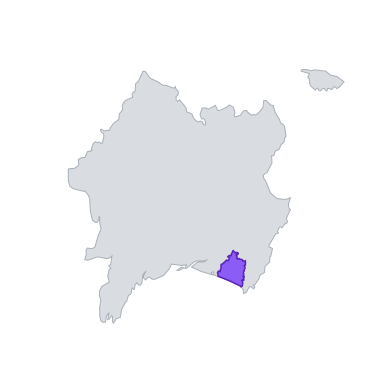 Landes highlighted on a map of France, rotated 282°
{"feature_id": "FRA-5313", "entity_name": "Landes", "entity_type": "Metropolitan department", "adm_level": 1, "iso_a3": "FRA", "parent_name": "France", "parent_adm1": "", "projection": "equal_earth", "projection_center": [-0.514, 44.01], "detail": "fine", "context": "in_parent", "style": "filled", "palette": "violet", "viewbox_px": 384, "rotation_deg": 282, "n_neighbors": 0, "source": "natural_earth", "source_scale": "10m", "svg_char_len": 5640}
<svg xmlns="http://www.w3.org/2000/svg" viewBox="0 0 384 384"><g transform="rotate(282 192 192)"><path d="M291.5,153.9L289.2,155.0L287.8,157.4L286.3,158.0L283.5,158.0L282.1,156.5L278.8,157.4L277.5,159.0L279.6,160.8L273.3,168.4L269.2,170.4L268.5,175.4L263.6,179.1L261.9,183.0L261.8,183.8L263.1,185.1L262.6,187.7L260.2,189.4L260.3,191.0L261.0,191.2L264.8,189.9L266.2,188.4L265.4,186.3L269.2,183.8L276.2,184.4L277.1,187.8L276.3,190.7L281.6,196.9L277.4,199.8L277.2,201.7L281.9,208.0L284.9,210.6L283.5,214.8L278.9,217.5L275.8,217.3L274.5,218.0L274.7,219.3L277.0,223.2L282.2,225.6L283.1,228.6L281.8,229.6L279.5,234.0L280.7,236.2L280.3,237.1L280.9,238.6L282.3,240.1L289.6,243.9L296.1,243.1L297.0,245.3L293.3,251.1L293.6,253.7L291.6,253.8L291.3,254.6L287.4,256.6L281.1,262.5L278.1,264.2L277.0,267.2L275.3,268.9L266.1,272.3L264.3,271.5L259.8,271.6L256.9,269.4L251.4,268.1L249.5,265.0L244.5,264.4L244.1,262.3L237.1,264.2L227.0,261.4L223.4,258.3L220.5,259.1L218.0,261.8L207.4,269.0L203.2,276.5L204.2,285.2L206.8,289.5L200.2,288.8L196.3,290.1L195.3,291.9L185.9,289.8L182.5,291.6L181.5,291.4L180.3,289.6L175.7,287.5L176.4,286.1L175.7,284.8L171.4,283.8L169.9,285.1L168.3,282.5L156.2,278.5L154.3,278.6L153.5,282.5L145.8,282.4L144.6,281.7L139.7,282.5L134.3,278.9L128.4,279.6L124.8,275.8L121.3,275.6L116.3,273.6L114.1,272.6L113.8,271.5L112.3,273.2L110.5,272.8L110.1,272.3L111.3,270.2L111.5,267.8L105.3,266.0L103.7,264.2L103.7,263.3L107.0,262.5L110.0,259.1L112.9,247.0L115.0,232.7L116.6,230.0L118.5,229.3L116.9,227.3L115.1,229.9L116.3,216.9L118.5,207.1L123.6,211.1L124.8,212.8L126.3,218.6L129.2,221.1L127.3,218.7L125.5,211.0L124.3,208.8L116.2,202.4L115.9,200.9L119.5,201.7L118.0,196.9L117.2,186.9L112.3,185.9L104.4,181.6L99.0,174.0L98.4,171.1L99.9,168.1L98.6,166.2L96.3,164.9L98.1,162.3L99.8,162.0L105.4,163.5L100.8,161.1L93.3,161.9L90.3,161.1L89.8,159.3L91.8,157.0L89.3,155.6L85.0,155.9L84.5,155.3L85.8,153.6L84.7,153.0L81.2,153.7L79.2,153.1L77.4,151.3L71.7,150.9L70.5,149.8L62.7,147.6L54.5,148.0L52.3,144.3L47.4,142.5L48.4,141.3L53.4,140.2L54.4,139.2L50.8,137.7L49.6,136.1L56.2,135.8L53.3,134.2L46.8,134.3L46.0,132.1L46.9,129.8L50.7,127.8L60.0,125.6L66.8,125.5L71.7,122.9L76.4,122.2L80.9,123.5L86.9,129.9L91.8,127.1L99.0,127.1L100.5,128.7L102.5,125.8L104.1,127.5L112.9,127.0L110.9,125.8L109.2,123.1L108.9,113.1L104.5,105.9L103.4,103.3L103.7,101.1L108.9,101.5L113.3,100.5L115.4,101.2L115.8,105.8L117.7,108.5L129.8,109.3L136.8,110.8L142.7,108.1L148.2,107.0L148.6,106.3L145.4,106.6L142.5,105.5L142.1,104.2L143.6,100.6L152.0,96.6L164.2,93.3L167.4,91.0L170.9,87.0L170.1,85.9L170.5,75.0L172.3,71.4L176.9,68.8L188.7,66.2L190.2,69.7L190.2,71.6L193.4,74.7L195.0,75.6L200.1,74.0L202.7,76.8L203.5,80.1L209.8,81.4L211.7,85.6L212.8,84.7L216.8,84.9L218.6,85.3L221.2,87.1L220.5,89.7L221.6,90.9L220.6,93.2L221.4,94.2L228.6,94.2L230.8,93.2L231.7,90.8L233.8,89.4L234.6,89.9L233.4,94.2L234.5,95.3L235.1,98.5L237.8,98.7L243.2,101.2L247.8,105.4L253.3,104.7L257.8,107.0L262.2,105.8L266.5,107.1L268.1,108.3L272.3,114.2L275.3,113.0L277.5,113.7L278.3,115.4L286.3,114.4L287.9,116.0L289.6,116.7L300.0,118.9L300.3,121.1L294.6,127.4L292.5,136.4L290.9,139.5L290.3,141.9L290.9,143.4L290.7,145.9L289.7,151.8L290.5,153.5L291.5,153.9ZM335.6,279.4L335.3,283.4L336.9,286.2L338.0,297.6L335.2,303.1L335.0,309.8L331.4,317.8L325.2,314.3L323.3,312.3L324.8,309.2L321.2,307.6L321.9,304.6L321.5,303.2L319.0,303.0L318.9,302.2L320.6,300.0L320.5,298.5L318.0,296.8L317.5,295.2L319.7,293.5L318.6,291.9L317.3,291.5L320.1,286.3L322.2,284.7L326.8,283.3L328.7,281.4L331.8,282.4L332.3,281.9L332.9,273.7L334.0,273.6L335.0,274.7L335.6,279.4ZM116.5,197.4L115.8,199.7L112.7,195.8L112.3,193.6L116.5,197.4Z" fill="#d9dde1" stroke="#a8b0b8" stroke-width="1"/><path d="M109.4,259.8L109.6,259.5L110.2,258.7L110.3,257.9L110.8,256.3L111.7,252.0L112.2,250.4L112.9,247.0L114.3,239.5L114.9,235.8L114.9,235.1L117.1,234.4L118.3,233.7L120.0,234.2L120.2,234.7L119.9,236.0L120.2,236.1L120.6,236.1L121.6,235.9L123.3,236.3L126.5,235.6L127.3,235.6L127.6,236.0L127.7,236.6L128.0,236.9L129.6,237.8L129.7,238.0L129.8,238.4L129.8,238.5L130.1,238.7L131.5,239.1L132.4,239.9L132.6,240.1L132.3,241.2L132.4,241.8L132.7,242.0L135.5,242.3L135.8,241.9L135.9,240.7L136.2,240.5L137.5,241.5L137.7,242.0L137.8,242.5L137.8,243.5L138.8,243.4L142.8,244.2L143.2,244.4L142.5,245.4L142.0,246.5L141.6,246.9L142.2,248.4L142.0,248.7L142.1,249.4L142.0,249.6L141.9,249.8L141.7,249.9L141.5,250.0L140.8,249.9L140.7,249.9L140.4,249.8L140.3,249.7L140.2,249.5L140.2,249.4L140.3,249.2L140.5,248.9L140.5,248.6L140.4,248.5L140.2,248.4L139.9,248.3L139.7,248.3L139.0,248.8L138.6,249.2L138.4,249.4L138.1,249.5L137.7,249.5L137.0,249.4L136.8,249.5L136.0,250.0L135.9,250.2L135.8,250.4L136.0,250.6L136.3,250.9L136.4,251.0L136.5,251.4L136.6,251.5L136.7,251.9L136.5,252.3L136.3,252.7L136.2,252.9L136.2,253.2L136.2,253.6L136.2,253.8L136.2,254.0L136.4,254.3L136.4,254.5L136.0,255.5L135.9,255.7L135.8,255.8L135.5,255.8L135.3,255.9L135.2,256.0L135.3,256.2L135.4,256.3L135.4,256.6L135.3,256.9L135.0,257.2L135.0,257.4L135.0,257.5L135.3,257.7L135.3,257.9L135.4,258.2L135.4,258.3L135.6,258.5L135.0,258.6L133.8,259.1L131.6,259.4L131.2,259.2L131.2,258.9L131.3,258.7L131.0,258.4L130.8,258.4L129.2,259.6L128.9,259.7L126.7,259.3L126.0,259.5L125.8,259.6L124.9,259.1L124.5,259.0L124.1,259.0L122.8,259.6L122.0,259.6L121.7,259.6L121.5,259.9L121.1,259.8L120.3,259.6L120.3,260.2L120.1,260.5L119.9,260.7L119.5,260.8L119.2,260.7L118.3,260.2L117.8,260.5L117.3,260.9L116.8,261.1L116.4,260.7L116.6,259.8L116.4,259.5L115.8,259.1L115.7,259.4L115.0,260.0L114.1,260.4L113.5,260.6L112.1,260.6L111.4,260.7L110.9,260.8L110.3,260.6L109.4,259.8Z" fill="#8b5cf6" stroke="#5b21b6" stroke-width="1.5"/></g></svg>